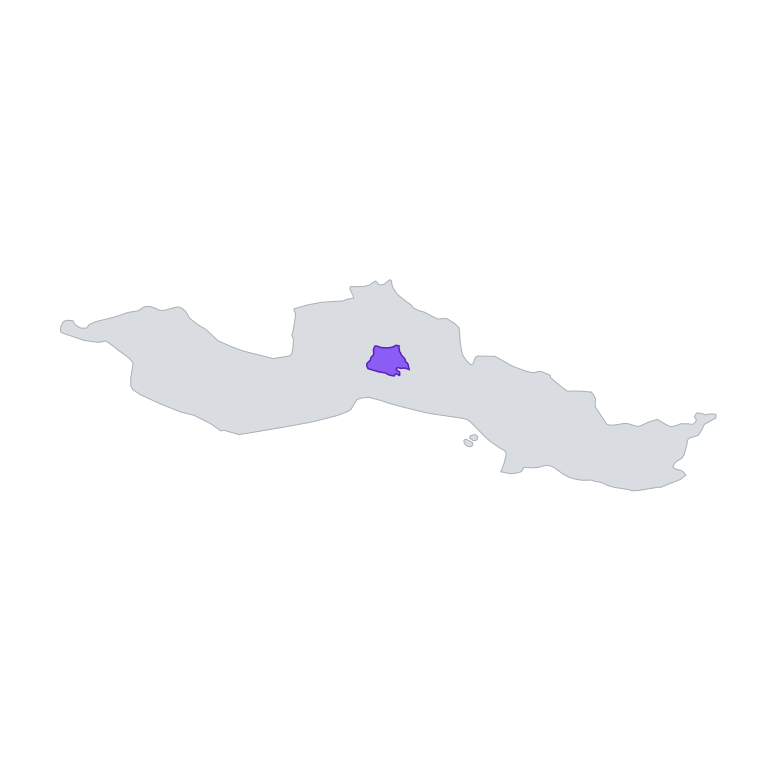 where Ntchisi sits in Malawi, rotated 110°
{"feature_id": "MWI-1913", "entity_name": "Ntchisi", "entity_type": "District", "adm_level": 1, "iso_a3": "MWI", "parent_name": "Malawi", "parent_adm1": "", "projection": "equal_earth", "projection_center": [33.898, -13.273], "detail": "fine", "context": "in_parent", "style": "filled", "palette": "violet", "viewbox_px": 768, "rotation_deg": 110, "n_neighbors": 0, "source": "natural_earth", "source_scale": "10m", "svg_char_len": 4280}
<svg xmlns="http://www.w3.org/2000/svg" viewBox="0 0 768 768"><g transform="rotate(110 384 384)"><path d="M317.1,448.0L313.8,442.0L311.1,443.5L307.3,447.8L305.2,448.9L304.1,448.8L303.5,447.7L302.6,445.0L299.7,437.2L296.4,431.7L292.9,429.5L290.0,427.0L291.3,424.5L292.6,422.7L292.0,420.9L290.4,418.2L284.2,414.4L284.1,412.7L289.6,409.4L293.0,405.4L295.4,401.6L298.3,393.2L300.7,384.9L302.5,382.2L303.1,376.6L302.7,370.4L303.9,362.5L304.5,355.0L302.7,352.0L301.1,347.0L302.9,338.4L305.8,332.4L319.6,326.2L329.2,320.7L331.3,318.2L334.5,313.4L336.3,308.8L335.0,307.4L327.5,307.2L325.6,305.5L320.1,289.1L323.2,270.2L323.4,262.9L323.3,253.7L322.3,247.0L320.0,244.2L318.5,240.6L318.9,230.8L321.1,229.6L325.9,216.6L328.0,209.0L325.5,202.9L322.6,194.1L321.3,188.6L320.6,186.8L322.6,183.3L325.8,180.0L329.5,179.1L333.3,177.5L345.4,161.3L345.6,158.2L343.4,152.7L338.8,144.6L337.8,141.2L337.3,131.4L335.5,128.5L328.8,121.8L323.7,114.9L325.3,107.8L326.2,100.1L323.6,95.8L319.8,91.4L317.5,85.0L316.4,80.2L313.5,78.3L310.7,78.2L308.7,81.2L306.6,81.0L304.0,79.9L303.1,75.8L302.9,71.3L301.1,68.3L299.4,64.0L299.2,61.8L300.3,61.1L302.6,60.7L312.4,69.2L318.3,69.6L324.9,71.2L330.5,78.7L333.4,79.7L337.2,78.6L347.8,77.8L352.1,78.9L357.6,83.3L359.8,83.9L363.2,84.1L363.8,82.9L364.2,80.3L363.6,75.1L364.4,72.3L366.5,69.2L372.3,72.8L386.8,89.1L387.2,91.2L396.5,107.4L399.5,114.2L399.5,117.8L402.3,131.9L402.9,138.6L402.3,143.6L402.4,147.6L403.5,153.4L403.2,155.8L406.5,164.3L408.0,171.4L408.3,178.3L407.4,185.0L404.5,194.9L404.0,198.9L404.6,202.5L406.5,206.4L409.7,210.6L412.0,215.7L413.6,221.7L415.0,224.4L416.6,224.3L419.7,225.3L422.2,228.8L425.1,234.6L426.1,241.4L426.5,244.2L418.2,244.0L407.8,245.1L405.3,247.8L404.5,253.6L401.2,265.7L399.4,270.1L395.5,278.3L390.1,289.7L389.0,293.4L389.2,297.3L392.3,312.8L395.7,329.1L396.7,335.5L399.1,357.2L400.4,372.5L400.6,381.5L401.7,393.5L404.7,400.0L407.8,404.1L419.5,406.5L423.0,409.5L429.6,417.1L444.1,438.3L452.0,451.8L459.0,463.7L471.5,485.8L481.1,502.9L482.3,518.9L483.9,521.3L480.6,533.2L478.4,552.4L479.9,565.2L479.2,586.9L477.3,610.0L475.1,618.3L472.2,621.4L465.4,623.9L450.5,626.8L448.3,629.5L446.4,634.0L443.3,644.6L439.8,655.4L438.6,660.0L439.3,661.0L442.5,666.5L445.6,680.5L446.1,704.4L445.0,706.2L440.6,707.3L435.9,706.9L434.0,705.6L432.2,702.9L431.0,697.8L434.1,694.2L435.2,688.0L433.2,682.6L429.2,681.4L424.2,676.5L413.5,660.5L404.5,649.3L399.2,639.9L393.9,636.2L392.4,633.9L391.1,630.0L391.0,624.3L391.5,620.1L389.9,615.4L384.5,608.1L382.0,604.1L381.9,599.3L384.1,594.6L388.8,589.0L392.3,577.5L393.6,570.0L400.1,555.0L401.0,542.0L401.2,531.6L400.8,523.8L399.1,507.9L398.0,496.8L389.9,482.4L387.3,481.0L379.6,482.3L373.0,484.4L369.7,487.4L364.8,487.6L351.9,490.1L347.8,491.2L345.5,493.8L344.1,494.3L336.0,483.1L328.8,471.1L319.7,450.5L317.1,448.0ZM411.5,288.9L409.3,289.6L407.9,288.1L408.3,283.6L409.0,280.4L411.2,279.8L412.7,280.7L413.8,282.2L413.8,284.6L413.2,287.0L411.5,288.9ZM406.7,280.8L405.4,285.2L402.9,285.1L400.4,281.2L401.2,278.1L403.5,277.2L405.6,278.3L406.7,280.8Z" fill="#d9dde1" stroke="#a8b0b8" stroke-width="1"/><path d="M361.8,365.3L361.8,369.4L362.3,371.0L362.6,371.5L362.9,372.1L363.6,373.7L363.7,374.5L363.6,375.9L363.9,376.5L364.4,377.0L364.9,377.5L365.4,377.7L365.9,377.6L366.3,377.1L366.6,376.7L366.8,376.0L367.2,373.9L367.4,373.5L367.6,373.3L370.3,372.3L370.6,372.3L370.7,372.7L370.6,373.4L370.4,374.1L370.3,374.8L370.3,375.6L370.6,376.5L371.0,376.9L371.5,377.0L372.1,377.0L372.8,377.1L373.1,377.8L373.3,378.6L373.8,383.0L373.7,383.7L373.5,384.4L373.2,385.5L373.2,386.8L374.4,393.2L375.0,404.3L373.9,405.5L373.4,405.9L371.6,406.9L371.2,407.0L370.7,407.0L370.1,406.9L366.5,405.1L365.6,405.1L363.8,405.3L362.9,405.1L361.4,404.3L360.4,404.0L359.4,404.0L358.7,404.2L355.4,405.7L352.1,405.6L351.7,405.6L351.4,405.2L351.0,404.6L350.8,403.2L350.7,399.4L350.5,398.3L349.1,393.7L348.4,392.0L347.5,390.3L345.9,388.1L345.0,387.2L344.3,386.7L343.8,386.3L343.5,385.9L343.0,382.9L343.9,382.8L344.9,382.2L345.9,381.5L346.9,381.1L347.9,380.8L348.2,380.6L348.5,380.3L348.6,379.6L348.8,379.2L349.3,379.0L349.9,378.5L350.6,377.8L351.8,375.9L352.6,374.0L353.0,373.4L353.8,372.5L354.7,372.0L355.3,371.5L355.7,371.1L356.1,370.2L356.2,369.6L356.8,368.7L357.3,368.2L361.8,365.3Z" fill="#8b5cf6" stroke="#5b21b6" stroke-width="1.5"/></g></svg>